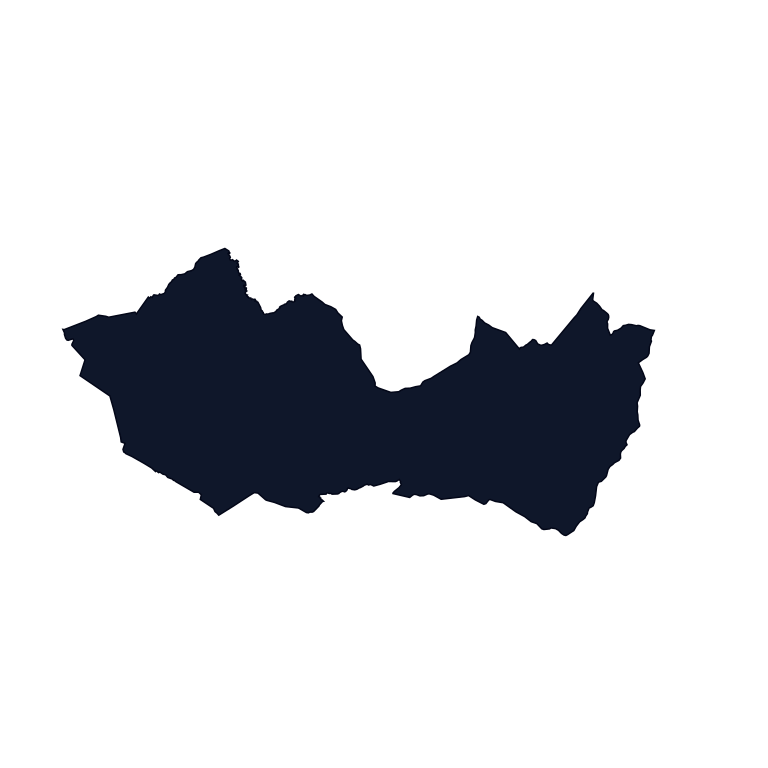 Marginea, Suceava, Romania, rotated 235°
{"feature_id": "2599482B12450420529087", "entity_name": "Marginea", "entity_type": "district", "adm_level": 2, "iso_a3": "ROU", "parent_name": "Romania", "parent_adm1": "Suceava", "projection": "orthographic", "projection_center": [25.809, 47.767], "detail": "fine", "context": "isolated", "style": "filled", "palette": "ink", "viewbox_px": 768, "rotation_deg": 235, "n_neighbors": 0, "source": "geoboundaries", "source_scale": "gbopen_adm2", "svg_char_len": 6159}
<svg xmlns="http://www.w3.org/2000/svg" viewBox="0 0 768 768"><g transform="rotate(235 384 384)"><path d="M272.8,636.2L275.8,633.0L285.1,627.0L286.3,625.7L286.9,624.2L290.7,620.8L292.6,618.5L293.5,615.7L294.6,613.5L293.8,610.3L293.9,608.4L294.1,606.1L295.3,603.2L295.2,602.1L294.2,600.7L293.8,599.1L294.2,597.4L301.4,599.1L305.0,601.7L306.6,602.1L307.4,602.8L308.4,604.9L309.8,606.4L311.2,607.2L312.4,607.5L314.1,607.2L318.3,606.0L319.7,605.2L324.1,605.2L328.2,604.6L332.1,603.0L333.5,603.4L338.2,607.7L338.5,607.4L332.9,588.6L330.0,581.6L329.2,577.8L319.8,543.4L322.0,541.4L324.0,541.1L324.4,538.0L325.3,535.4L326.0,534.5L328.7,532.9L332.6,533.2L334.3,532.3L335.2,531.2L334.6,528.9L334.6,527.5L334.2,523.9L334.5,522.8L334.2,519.2L335.1,517.9L335.6,516.5L334.9,515.0L356.4,513.2L368.1,505.0L372.3,503.6L376.3,501.5L379.9,500.9L382.0,500.0L384.1,500.3L385.6,499.5L383.3,496.6L378.6,492.6L375.9,489.7L373.9,488.4L370.8,485.5L369.8,484.3L367.5,479.8L365.6,477.2L360.5,473.0L359.3,470.3L359.9,461.2L359.4,455.8L360.5,448.7L361.6,429.0L361.6,426.0L363.3,419.4L363.3,417.0L361.5,412.9L363.6,408.5L365.6,403.0L368.3,398.8L369.1,394.5L369.2,391.7L373.2,384.8L384.1,377.0L387.4,375.5L390.0,377.4L396.4,379.2L417.5,379.5L426.3,385.0L429.9,386.4L431.8,385.4L435.8,384.5L437.9,383.7L451.6,382.3L455.8,383.5L460.3,385.4L462.8,388.2L468.7,387.0L472.8,387.2L477.8,384.8L483.1,381.2L486.5,380.4L495.9,377.0L499.1,376.6L499.5,374.2L500.9,371.5L502.7,370.5L502.7,369.8L503.5,369.5L503.2,368.9L503.3,368.3L502.6,368.2L503.5,367.4L503.6,366.4L506.4,365.2L506.8,362.4L506.3,361.7L506.5,361.1L506.3,360.5L505.9,360.4L505.1,360.8L505.1,360.2L503.9,358.8L503.0,358.7L503.0,356.9L503.9,355.9L504.7,356.0L505.8,354.3L506.5,354.0L506.5,351.9L506.0,350.9L505.7,349.4L506.2,348.9L506.4,347.7L506.1,347.2L506.6,346.1L507.0,343.5L506.8,342.5L506.1,342.6L505.9,342.0L505.9,339.8L506.1,339.1L505.4,336.8L505.6,334.0L506.0,333.8L507.3,331.0L507.8,328.8L508.6,328.3L509.1,326.7L510.2,325.7L511.0,325.5L511.8,326.1L513.1,325.9L513.6,326.2L515.1,325.8L517.4,326.8L523.3,327.6L523.7,327.0L524.6,327.3L525.5,326.8L525.9,326.1L526.6,326.9L527.5,326.9L528.1,325.6L529.2,324.9L529.3,323.9L530.9,324.2L531.1,323.5L531.9,322.9L532.6,322.9L532.4,322.5L533.0,322.2L533.5,322.4L534.9,322.1L535.2,323.1L536.7,322.1L537.5,322.4L538.2,322.3L538.3,322.9L538.9,323.3L538.9,324.9L540.1,324.3L541.4,324.7L540.6,325.5L541.5,326.3L542.1,326.1L542.2,325.3L542.6,325.0L544.8,325.2L545.2,325.7L545.2,326.1L543.9,326.4L544.2,327.6L547.0,328.9L549.9,328.1L550.0,327.6L549.6,327.1L550.5,326.8L550.9,327.2L551.9,327.1L552.4,328.4L554.4,328.4L556.3,327.7L556.5,328.0L556.1,329.2L556.9,329.5L557.4,329.4L557.8,328.8L558.9,328.8L560.9,329.9L561.9,329.4L562.5,330.0L564.3,330.2L564.5,330.6L564.4,331.0L564.0,331.6L563.0,331.8L563.1,332.2L564.7,332.7L565.8,333.5L567.1,332.9L568.0,335.0L570.1,334.3L570.0,333.0L570.5,331.8L572.8,331.2L573.0,330.1L573.9,329.2L575.5,329.6L575.8,330.7L577.2,331.1L580.1,330.9L580.5,331.6L579.7,331.9L579.5,332.5L580.1,333.0L580.7,332.8L582.0,333.2L586.3,331.4L587.7,325.6L589.5,316.7L591.5,308.8L592.4,306.5L591.7,303.0L591.1,301.7L591.2,300.6L590.7,298.8L588.2,296.1L587.1,293.7L587.3,291.3L588.8,287.4L588.5,284.0L589.9,280.6L591.6,278.0L590.6,274.5L591.0,273.3L590.2,271.6L590.6,270.4L589.5,268.3L589.7,267.1L589.3,266.6L589.1,265.0L587.4,262.2L586.2,258.7L585.3,258.2L584.4,256.7L584.3,255.7L585.2,252.5L586.5,251.7L586.1,250.9L586.2,249.6L589.0,246.7L588.9,245.8L587.8,243.8L589.2,243.1L588.8,241.1L590.4,240.8L583.4,221.3L585.7,221.2L596.6,196.8L599.0,195.0L604.2,189.5L604.3,186.9L606.5,175.6L612.0,153.2L612.9,152.3L609.2,151.6L607.8,150.6L604.0,149.4L601.9,149.5L600.9,150.4L599.5,154.9L598.8,155.1L597.5,154.7L595.6,151.2L594.6,150.5L575.3,153.0L565.2,139.8L531.4,152.6L517.9,147.9L491.3,137.6L487.3,135.5L483.9,137.8L480.2,132.7L477.6,131.8L477.3,132.2L475.0,132.6L469.3,135.9L456.9,141.8L448.5,145.5L443.4,146.6L443.7,147.5L440.6,148.6L440.5,149.6L440.1,150.0L436.9,151.2L434.9,153.0L431.5,153.3L427.5,156.1L425.8,156.3L425.6,156.9L423.4,157.5L404.3,166.3L401.6,170.1L398.0,170.8L394.8,167.3L379.9,173.1L376.4,172.4L374.0,173.1L371.3,173.4L370.4,190.5L369.8,209.4L369.5,214.9L369.1,215.8L366.9,218.2L357.0,220.6L356.0,221.2L349.9,226.3L340.1,233.0L331.5,242.8L323.2,246.7L321.8,248.2L321.6,249.8L320.2,251.7L319.9,253.2L321.3,260.6L322.0,261.8L323.0,266.3L322.6,267.2L324.6,266.8L325.5,265.9L326.6,266.7L326.9,266.3L328.2,266.6L329.2,265.9L330.1,267.6L330.1,268.5L327.0,273.4L327.5,274.9L327.3,275.3L325.7,276.4L324.7,278.0L323.6,278.2L320.6,282.8L320.2,284.1L320.5,285.6L320.2,287.7L319.8,288.7L318.2,289.9L318.0,290.9L318.3,292.6L319.4,294.4L319.4,294.9L316.9,297.0L316.1,297.2L314.1,299.3L313.3,301.4L313.1,303.9L312.7,305.2L312.3,308.4L312.4,309.8L311.6,312.7L310.1,313.4L309.5,315.2L308.7,315.8L306.3,317.1L304.0,323.5L301.9,330.6L302.0,331.1L297.5,337.4L297.1,338.9L297.1,341.7L294.6,341.7L294.2,341.0L291.6,340.5L290.5,336.9L290.1,330.9L289.5,328.7L289.1,328.5L276.3,340.0L276.6,343.8L276.2,345.7L274.6,347.3L271.8,349.2L269.7,352.5L268.8,356.9L267.7,358.4L264.5,360.9L256.8,364.7L245.5,385.5L244.1,389.3L236.7,392.3L228.2,396.8L227.6,398.8L229.0,403.5L228.5,404.7L223.9,407.9L218.4,413.5L203.7,418.7L194.6,423.2L186.8,425.6L182.0,429.1L174.8,430.2L173.1,431.5L170.3,436.6L170.4,438.1L167.1,441.6L164.1,443.0L159.8,443.7L157.0,444.8L155.6,446.1L155.3,447.9L155.1,455.5L157.2,459.8L158.9,465.2L158.8,469.1L159.0,471.7L160.1,473.5L161.1,476.2L162.4,477.3L164.6,480.6L164.8,481.3L164.4,482.4L164.3,485.5L166.2,488.2L171.1,493.2L178.0,499.3L180.4,503.1L180.4,503.9L179.6,506.2L180.6,512.3L181.3,513.7L185.5,518.6L186.8,521.7L186.9,525.5L187.3,527.6L186.7,532.8L187.2,534.1L187.6,535.3L191.1,537.5L192.6,539.2L193.1,540.7L193.5,543.7L194.5,545.9L194.8,548.2L197.3,548.7L198.7,549.7L201.7,556.1L201.8,560.0L201.4,561.8L202.5,566.2L202.8,569.0L203.7,569.9L208.7,571.4L213.1,574.2L216.0,575.5L220.4,579.0L223.5,580.6L227.8,587.5L232.1,590.4L234.8,592.7L236.3,596.9L238.4,600.9L244.8,602.6L255.5,604.5L255.6,610.2L255.3,614.4L255.7,616.2L257.1,618.7L262.3,622.8L265.7,627.7L266.9,627.9L269.4,630.2L270.0,631.9L272.8,636.2Z" fill="#0f172a" stroke="#020617" stroke-width="1.5"/></g></svg>